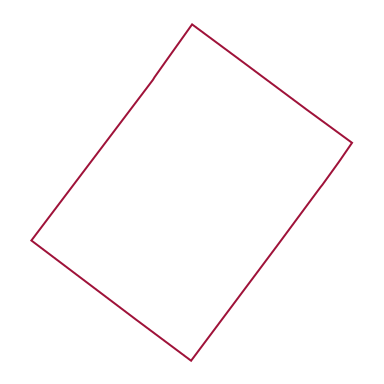 the district of Boone, Indiana, United States of America, rotated 307°
{"feature_id": "52423323B87712405938690", "entity_name": "Boone", "entity_type": "district", "adm_level": 2, "iso_a3": "USA", "parent_name": "United States of America", "parent_adm1": "Indiana", "projection": "equal_earth", "projection_center": [-86.376, 40.052], "detail": "fine", "context": "isolated", "style": "outline", "palette": "rose", "viewbox_px": 384, "rotation_deg": 307, "n_neighbors": 0, "source": "geoboundaries", "source_scale": "gbopen_adm2", "svg_char_len": 362}
<svg xmlns="http://www.w3.org/2000/svg" viewBox="0 0 384 384"><g transform="rotate(307 192 192)"><path d="M276.1,291.8L304.6,291.2L327.6,290.2L326.8,233.4L326.5,177.1L326.4,154.4L325.9,91.2L280.7,92.4L260.9,93.0L258.2,93.3L56.6,92.9L56.4,224.1L56.7,292.8L202.6,292.3L258.9,291.8L273.1,291.7L276.1,291.8Z" fill="none" stroke="#9f1239" stroke-width="2"/></g></svg>